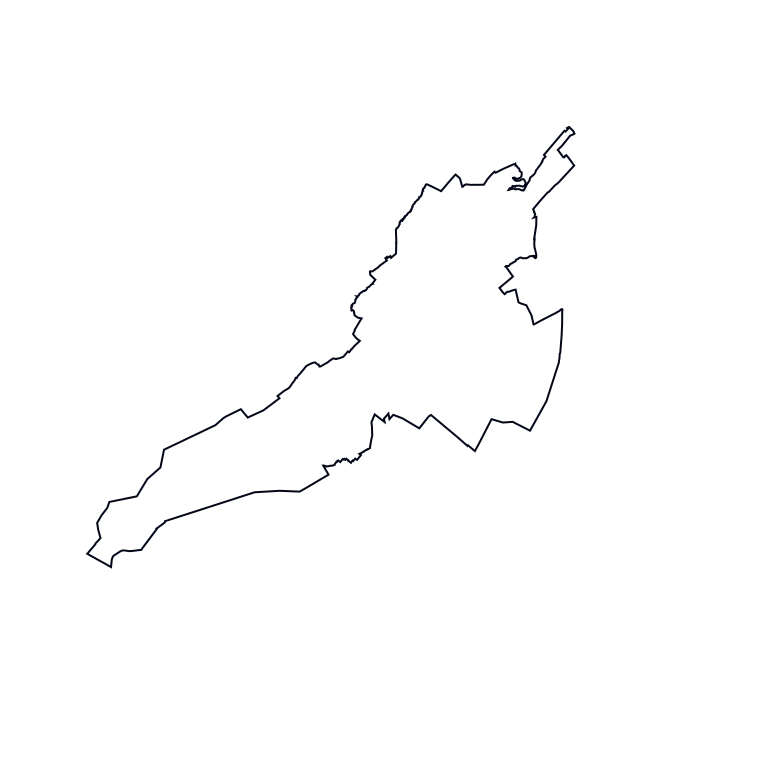 Toluca, México, Mexico, rotated 38°
{"feature_id": "50627088B786178294902", "entity_name": "Toluca", "entity_type": "district", "adm_level": 2, "iso_a3": "MEX", "parent_name": "Mexico", "parent_adm1": "México", "projection": "equal_earth", "projection_center": [-99.68, 19.284], "detail": "fine", "context": "isolated", "style": "outline", "palette": "ink", "viewbox_px": 768, "rotation_deg": 38, "n_neighbors": 0, "source": "geoboundaries", "source_scale": "gbopen_adm2", "svg_char_len": 6134}
<svg xmlns="http://www.w3.org/2000/svg" viewBox="0 0 768 768"><g transform="rotate(38 384 384)"><path d="M306.0,306.5L313.0,307.1L313.0,311.8L313.6,311.9L312.8,313.2L312.4,316.6L311.6,318.2L311.5,318.9L312.0,319.7L312.0,321.1L311.5,321.5L311.6,322.0L311.4,322.7L310.5,323.4L310.4,324.0L310.1,324.5L310.0,325.5L309.6,326.0L309.3,328.1L309.1,328.4L309.6,329.6L309.3,330.4L309.4,331.4L308.8,331.7L309.5,331.8L309.6,332.3L309.2,332.8L309.6,334.4L309.5,335.3L310.4,336.4L310.8,337.2L310.8,337.9L311.0,338.2L310.2,339.6L310.1,340.4L310.2,340.6L310.0,342.1L310.3,342.4L311.0,342.4L311.0,343.9L311.5,343.9L312.8,345.9L313.2,346.1L314.0,345.0L315.3,345.1L316.5,346.3L316.6,346.2L316.9,346.3L318.0,347.6L318.6,348.0L322.6,347.8L325.9,346.1L327.6,359.6L328.2,360.2L328.8,363.7L332.6,364.7L334.6,365.0L338.4,364.9L337.3,372.2L337.1,376.6L336.9,376.6L337.0,380.4L335.5,380.6L335.2,387.6L334.5,388.8L332.4,392.0L331.4,392.9L331.0,393.8L328.5,394.9L327.8,395.9L327.8,396.5L327.0,398.5L326.3,401.7L324.6,405.7L324.0,407.4L322.8,409.8L322.3,410.0L320.5,409.0L320.1,409.4L316.2,409.5L314.6,411.6L312.7,415.3L311.7,417.8L311.5,428.2L311.2,429.9L311.3,432.2L311.6,433.1L310.6,433.6L311.1,435.0L311.3,436.1L311.3,439.1L311.6,443.1L311.6,444.9L311.4,446.2L309.4,451.3L307.5,459.0L310.4,459.6L305.2,479.0L297.3,494.3L286.7,492.0L279.8,506.2L278.4,509.9L276.5,520.2L251.1,571.2L259.2,587.4L256.0,604.7L258.4,624.7L240.2,646.0L242.2,651.9L242.3,661.7L243.5,670.1L248.5,674.8L255.4,679.9L255.3,682.7L254.8,687.3L255.2,687.9L254.7,700.5L281.6,696.3L277.7,690.1L277.0,688.4L276.6,686.5L276.7,685.7L279.3,678.1L280.2,676.4L282.2,674.8L286.1,672.6L288.8,670.2L294.9,664.0L294.7,662.4L294.2,637.8L293.8,637.8L296.5,628.1L295.9,626.9L348.7,549.0L367.4,532.5L383.7,520.8L386.1,515.1L396.1,489.6L386.3,485.7L386.9,485.2L387.6,485.2L388.1,484.8L388.7,484.8L389.4,484.5L389.6,484.0L390.4,483.5L392.4,481.1L393.6,480.1L394.9,478.2L394.5,477.1L394.4,474.3L394.9,474.3L394.9,472.6L397.6,472.4L397.7,468.4L398.9,468.3L398.9,467.4L400.3,467.4L400.3,466.1L403.1,466.1L403.1,466.5L406.5,466.4L406.4,466.0L406.4,463.6L407.2,463.5L407.2,460.5L409.5,460.3L409.6,454.2L407.6,454.2L408.9,451.6L409.4,450.1L409.5,450.2L410.5,447.2L411.1,446.2L411.0,445.9L411.3,445.2L411.7,445.0L412.4,443.2L411.3,441.4L407.9,434.9L406.5,431.9L400.9,425.2L397.7,421.9L395.4,413.7L407.9,413.6L405.3,411.4L405.7,404.6L409.9,408.3L410.3,402.6L419.6,399.7L439.1,397.2L439.2,382.2L439.6,380.8L440.1,379.5L473.6,380.6L488.0,381.4L488.0,380.6L496.9,380.9L495.8,374.0L490.4,345.5L501.5,341.1L508.7,334.6L527.8,330.9L522.6,297.6L508.6,259.5L508.2,259.0L506.0,255.0L503.8,251.9L503.8,251.1L494.3,236.7L487.7,227.4L479.3,216.5L478.7,215.4L477.9,215.6L477.6,216.2L477.2,218.6L476.0,221.2L476.1,221.3L468.9,236.8L465.4,244.9L465.2,245.0L458.0,239.1L447.7,234.3L441.6,236.5L439.7,236.8L429.6,228.6L429.1,229.1L428.2,230.3L425.5,234.6L424.6,235.2L424.3,235.6L423.8,238.9L421.5,238.7L415.8,237.2L419.5,220.0L407.7,216.4L407.5,216.5L407.6,215.8L409.6,214.3L409.7,213.6L409.7,211.4L410.5,210.3L410.5,209.7L412.1,206.2L411.6,205.4L411.5,204.9L412.6,203.0L412.9,201.3L413.9,200.1L416.2,199.4L417.4,198.2L418.8,197.2L419.5,195.9L420.1,193.8L422.8,191.0L423.7,190.5L424.1,191.2L424.0,191.6L425.7,191.7L426.1,190.7L424.2,188.2L420.3,185.0L418.5,183.7L416.0,180.9L413.4,177.0L413.1,177.4L406.3,165.3L401.2,158.5L399.7,160.5L399.8,159.2L398.8,158.0L398.5,157.1L396.9,156.2L396.5,156.3L396.0,155.4L394.7,155.0L393.9,154.3L394.2,144.6L395.0,132.3L395.6,131.2L396.4,122.4L397.4,118.4L399.4,94.8L389.4,91.9L386.7,91.5L386.6,92.6L386.3,92.8L386.6,94.3L386.4,94.6L385.5,94.9L376.8,92.5L377.6,86.9L377.8,73.7L379.6,70.5L380.0,69.5L377.3,68.1L371.6,67.5L370.7,69.6L372.0,69.6L371.6,73.3L370.3,73.4L369.0,105.0L371.3,105.4L371.0,108.4L371.5,111.2L371.8,111.2L372.2,114.9L372.3,122.1L373.2,124.7L373.1,127.1L372.2,131.1L372.4,132.2L373.3,133.7L373.8,139.7L374.3,141.3L374.5,143.1L375.0,144.7L374.7,145.6L374.1,145.5L373.9,146.3L373.1,146.7L371.0,147.1L369.7,147.7L368.0,149.5L367.0,150.0L365.4,150.3L364.8,151.4L363.7,152.7L363.2,153.9L362.7,154.4L362.6,152.8L362.7,152.0L363.8,150.5L363.4,149.2L363.7,148.5L364.4,148.0L366.0,147.8L365.9,146.7L366.7,145.9L367.4,145.5L368.5,144.4L371.4,143.2L372.1,142.7L372.5,141.5L372.5,140.4L372.0,138.5L371.3,138.0L370.5,137.8L369.3,136.9L367.9,136.7L367.4,136.9L366.1,139.0L365.8,140.1L363.1,142.6L362.1,142.6L361.3,143.0L360.0,142.5L359.0,142.5L358.7,142.2L359.7,141.0L362.0,140.8L363.6,139.1L364.5,137.2L364.5,136.1L364.3,135.4L362.7,133.0L362.0,132.5L359.7,132.6L358.6,131.5L357.6,131.1L356.0,131.1L354.2,130.5L353.3,130.9L353.2,130.5L352.0,129.6L351.9,130.2L351.5,130.3L351.0,130.8L346.6,139.0L344.9,142.3L341.9,148.8L340.4,148.6L339.7,153.0L339.4,159.3L340.0,165.5L329.7,173.7L325.8,176.1L325.4,176.7L325.3,177.3L325.0,177.6L324.6,179.1L324.8,179.6L324.3,180.4L317.6,175.5L316.1,175.1L311.5,174.9L311.3,176.1L310.7,185.6L310.3,196.9L303.7,198.2L295.1,200.1L294.2,201.0L295.0,204.4L294.8,204.5L294.9,205.4L294.6,206.0L295.2,207.2L295.9,207.6L295.7,208.0L295.4,207.9L296.2,209.6L296.2,209.9L296.7,210.3L296.8,211.2L297.2,211.7L297.3,212.7L297.2,212.8L297.4,213.9L297.1,214.1L297.1,215.5L296.9,215.5L297.4,216.5L297.2,217.5L297.3,218.0L297.0,218.2L296.7,221.0L296.4,221.5L296.9,222.5L296.9,223.1L296.7,223.3L296.6,224.0L296.9,226.2L297.0,226.6L297.5,226.8L297.7,228.6L298.1,229.0L298.1,229.7L298.2,229.8L298.1,230.6L298.7,230.9L298.7,231.2L298.4,231.6L298.6,231.9L298.6,232.5L298.1,233.1L298.0,233.9L297.8,234.3L297.8,235.6L297.7,236.1L298.0,236.4L297.7,237.6L297.7,238.3L297.5,238.8L297.1,239.0L297.2,239.7L297.6,239.9L297.5,240.2L297.9,240.4L297.3,241.9L297.7,242.0L297.9,242.4L297.9,243.6L297.7,243.5L297.6,244.3L296.8,244.1L296.7,245.8L296.8,246.8L297.2,246.9L297.5,248.1L298.0,248.4L298.0,249.1L298.4,250.1L298.5,251.8L298.4,252.8L298.0,253.6L298.4,254.5L298.4,255.1L305.6,263.7L306.7,265.4L306.8,265.2L313.2,273.9L311.9,280.2L310.4,279.3L310.0,280.7L309.7,280.6L309.2,282.3L308.1,281.9L307.6,284.0L310.2,284.9L307.8,293.4L307.5,296.1L306.6,298.7L306.5,299.6L306.1,300.0L305.9,301.7L305.2,302.8L303.1,303.8L303.4,303.8L306.0,306.5Z" fill="none" stroke="#020617" stroke-width="2"/></g></svg>